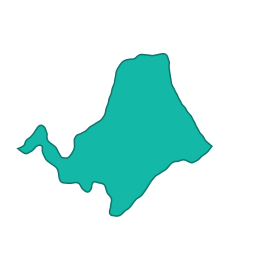 Las Salinas, Barahona, Dominican Republic (Robinson projection), rotated 34°
{"feature_id": "3306468B53490324555446", "entity_name": "Las Salinas", "entity_type": "district", "adm_level": 2, "iso_a3": "DOM", "parent_name": "Dominican Republic", "parent_adm1": "Barahona", "projection": "robinson", "projection_center": [-71.348, 18.237], "detail": "fine", "context": "isolated", "style": "filled", "palette": "teal", "viewbox_px": 256, "rotation_deg": 34, "n_neighbors": 0, "source": "geoboundaries", "source_scale": "gbopen_adm2", "svg_char_len": 3493}
<svg xmlns="http://www.w3.org/2000/svg" viewBox="0 0 256 256"><g transform="rotate(34 128 128)"><path d="M207.8,96.2L201.5,95.5L199.3,95.1L198.0,94.6L195.0,93.0L193.7,92.6L190.9,92.0L189.6,91.5L186.0,89.5L183.4,88.3L180.0,86.1L177.4,84.9L173.9,82.9L172.5,82.5L169.0,81.6L167.7,81.1L164.8,79.6L163.4,79.1L160.6,78.5L159.2,78.1L155.7,76.1L153.1,74.9L149.7,72.7L147.1,71.5L143.6,69.4L141.5,68.4L140.4,67.8L139.3,66.9L138.3,65.9L132.2,59.4L128.2,54.9L127.4,53.7L126.6,52.5L125.8,50.7L121.3,47.1L120.1,46.4L119.5,46.1L118.8,46.0L117.4,46.0L116.7,46.2L115.4,46.8L113.8,48.3L109.5,52.8L107.8,54.3L106.6,55.0L104.0,56.2L101.1,57.9L99.3,58.8L98.6,59.1L97.6,59.9L96.7,61.0L96.0,62.2L95.6,63.6L94.9,66.3L94.3,67.4L93.4,68.2L91.9,69.3L90.8,70.2L88.8,72.2L87.9,73.4L87.1,74.6L86.6,76.0L86.4,76.9L86.1,79.4L86.1,82.0L86.2,84.6L86.6,87.1L87.1,88.6L88.7,91.8L89.8,94.6L91.6,98.4L92.0,99.9L92.6,103.0L93.0,104.4L94.7,108.4L95.1,109.9L95.8,113.7L96.3,115.1L97.7,118.3L98.1,119.8L98.7,122.8L99.1,124.3L100.8,128.2L101.2,129.7L101.4,131.3L101.4,134.5L101.2,136.1L100.8,137.6L100.3,138.9L99.0,141.4L97.9,144.2L96.0,148.1L95.6,149.6L94.9,153.3L94.4,154.7L91.8,159.5L90.1,161.7L89.8,162.3L89.5,163.6L89.5,165.1L89.5,165.8L89.9,167.3L90.2,168.0L91.1,169.3L93.9,173.1L94.7,174.5L95.2,176.1L95.5,178.6L95.6,182.1L95.4,184.5L94.9,186.0L94.6,186.6L94.1,187.1L93.1,187.9L91.5,188.7L90.4,189.2L89.9,189.4L88.7,189.3L87.6,188.9L83.4,186.8L80.5,185.1L79.2,184.5L76.9,184.1L72.1,183.9L70.6,183.8L69.1,183.4L68.4,183.1L67.3,182.4L66.3,181.4L65.5,180.4L64.6,178.7L63.7,177.7L60.1,175.0L58.9,174.3L57.5,173.9L56.2,173.9L54.9,174.1L54.3,174.4L53.8,174.9L53.3,175.5L53.0,176.2L52.8,177.6L52.7,179.2L52.8,185.1L52.6,187.7L52.2,190.1L50.8,194.0L50.6,195.4L50.7,196.8L51.5,199.7L51.4,200.9L51.2,201.5L50.7,202.7L49.7,204.5L48.2,206.7L52.1,207.0L55.0,207.0L57.0,206.7L58.2,206.0L59.0,205.0L61.1,200.7L61.5,199.3L62.2,194.8L62.8,193.5L63.5,192.4L64.5,191.6L65.1,191.3L65.7,191.1L66.3,191.2L66.9,191.3L67.5,191.6L67.9,192.0L69.5,194.6L70.9,196.0L72.0,196.8L76.7,199.6L78.1,200.1L79.6,200.4L82.0,200.5L88.3,200.6L89.8,200.7L91.3,201.1L92.7,201.7L94.0,202.7L95.2,203.8L98.5,207.5L100.2,209.0L101.6,209.8L102.2,210.0L103.6,210.0L104.3,209.9L105.5,209.4L107.8,208.1L110.3,206.7L111.5,205.8L114.8,202.7L116.1,201.9L116.7,201.7L118.1,201.4L119.5,201.6L120.6,202.2L122.9,203.4L124.3,203.9L125.7,204.2L127.1,204.3L128.4,204.3L129.7,204.0L130.3,203.7L130.8,203.2L131.2,202.6L131.5,201.9L131.6,200.5L131.5,199.1L131.1,197.8L129.9,195.5L129.5,194.4L129.4,193.1L129.5,192.5L129.8,191.9L130.3,191.4L131.3,190.8L134.3,189.9L137.2,188.6L138.5,188.3L139.2,188.3L140.6,188.5L141.9,189.2L145.4,192.2L147.2,193.4L148.5,193.9L151.9,194.8L152.6,195.1L153.7,195.9L154.7,196.9L155.4,198.1L156.8,201.5L158.1,204.0L159.0,206.7L159.7,207.9L160.5,208.9L161.5,209.5L162.1,209.7L163.3,209.6L166.6,208.0L167.9,207.4L168.9,206.5L169.8,205.4L170.5,204.1L170.8,203.4L171.9,198.2L173.5,194.3L174.0,191.8L174.2,185.8L174.5,183.3L174.6,182.4L175.1,181.0L176.5,177.8L176.9,176.2L177.1,174.5L177.2,171.9L177.2,167.5L176.9,159.7L177.3,155.0L177.6,152.6L178.1,151.2L179.6,148.1L180.7,145.3L182.0,142.7L182.5,141.4L183.0,138.9L183.5,133.8L183.7,133.0L184.3,131.6L185.0,130.4L185.9,129.4L188.3,127.5L189.7,125.4L190.6,124.4L192.1,123.1L192.7,122.8L194.2,122.4L197.9,121.9L199.3,121.6L200.5,121.0L201.4,120.0L203.0,117.1L203.9,115.2L204.3,113.7L204.8,110.7L205.2,109.2L206.6,105.9L207.0,104.5L207.4,102.2L207.8,96.2Z" fill="#14b8a6" stroke="#0f766e" stroke-width="1.5"/></g></svg>